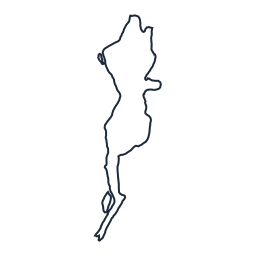 Atfeh, Bani Suwayf, Egypt
{"feature_id": "37247803B7335021436895", "entity_name": "Atfeh", "entity_type": "district", "adm_level": 2, "iso_a3": "EGY", "parent_name": "Egypt", "parent_adm1": "Bani Suwayf", "projection": "mercator", "projection_center": [31.247, 29.343], "detail": "fine", "context": "isolated", "style": "outline", "palette": "slate", "viewbox_px": 256, "rotation_deg": 0, "n_neighbors": 0, "source": "geoboundaries", "source_scale": "gbopen_adm2", "svg_char_len": 5270}
<svg xmlns="http://www.w3.org/2000/svg" viewBox="0 0 256 256"><path d="M152.3,28.0L152.0,27.9L151.5,27.8L150.9,27.7L150.5,27.6L149.8,27.4L149.5,27.3L149.1,27.1L148.4,27.2L147.0,27.3L146.7,27.7L146.4,28.0L145.7,28.8L145.4,29.3L145.2,29.9L145.0,30.2L144.7,31.3L144.3,31.6L143.2,31.9L142.6,31.5L142.4,31.3L142.2,30.8L141.3,29.6L141.2,29.2L140.8,28.5L140.8,27.9L140.7,27.5L140.4,26.1L140.3,25.6L140.3,25.1L140.4,22.9L140.1,21.2L139.9,19.8L139.7,18.8L139.1,17.7L138.4,16.8L138.2,16.5L137.8,16.3L136.5,15.9L135.3,15.5L134.9,15.4L133.9,15.6L132.7,15.8L131.9,15.9L131.6,16.0L130.8,15.7L130.4,15.6L130.3,15.8L129.8,17.5L129.6,18.9L129.1,21.5L127.7,23.2L126.2,25.0L124.1,29.1L123.5,30.9L123.1,32.1L122.1,33.7L121.2,36.1L120.4,37.2L120.1,38.9L119.3,40.3L118.1,41.3L114.5,42.9L112.3,44.2L108.8,46.1L106.2,47.7L104.6,48.7L103.6,50.1L102.7,52.1L102.8,53.3L103.1,54.0L103.6,56.1L104.2,57.3L104.6,59.1L105.2,60.4L105.2,62.7L105.5,64.1L105.6,64.7L106.4,66.9L107.5,69.3L107.6,69.7L108.2,70.7L108.8,71.8L109.4,72.7L110.6,73.7L111.3,74.4L112.1,75.8L112.3,76.8L113.1,78.0L113.9,79.4L114.4,82.4L115.0,84.5L115.8,85.8L116.5,87.6L117.1,89.6L118.2,91.3L118.8,92.0L119.6,93.1L120.3,95.2L120.4,96.2L120.3,96.6L119.9,97.8L119.7,98.4L119.3,100.0L118.6,101.4L117.9,102.8L116.3,105.2L115.0,107.2L114.2,108.7L113.3,110.3L112.4,113.1L112.0,115.2L110.6,117.4L109.1,119.4L108.0,120.7L107.0,122.0L106.2,123.4L105.1,124.8L104.7,126.7L104.7,128.2L105.5,129.6L105.7,130.3L106.1,131.3L106.1,133.1L106.1,134.1L106.1,135.7L105.7,137.2L105.9,138.5L106.3,139.7L106.6,141.8L106.9,144.2L107.1,146.7L107.8,147.9L108.1,148.9L108.1,150.6L108.2,152.5L108.2,152.8L107.3,154.9L106.6,157.1L106.5,157.9L106.5,159.4L106.5,160.8L106.6,162.6L106.6,164.0L106.3,165.0L105.2,165.8L104.8,167.5L105.7,168.4L106.3,169.3L106.8,171.0L107.1,172.8L107.5,175.3L107.6,176.4L108.2,177.8L108.3,179.2L108.3,180.9L108.4,182.5L108.8,184.3L109.7,185.8L109.9,188.7L110.5,191.3L111.6,193.1L112.4,194.5L113.3,196.9L114.1,198.3L114.4,199.9L114.5,201.3L114.3,202.7L113.5,204.4L112.4,205.7L111.9,206.9L111.0,208.5L109.8,210.0L108.3,212.3L107.9,214.0L105.6,217.8L103.9,221.0L102.7,222.6L102.5,223.0L102.4,223.2L102.3,223.4L102.3,223.6L102.2,223.8L102.1,224.0L101.9,224.5L101.3,225.8L101.1,226.2L100.7,227.2L100.7,228.0L99.8,229.3L99.0,230.6L98.0,232.0L97.3,232.8L97.1,233.0L95.7,234.6L95.2,235.5L95.3,235.5L96.9,236.4L98.6,235.8L99.0,235.6L99.1,237.5L98.7,239.4L98.6,240.0L98.7,240.3L99.6,240.6L101.2,239.1L102.6,238.0L103.9,235.2L105.1,232.7L105.5,230.6L105.7,230.0L106.1,229.2L106.9,227.5L108.7,224.3L110.4,221.1L111.8,218.2L113.0,217.1L113.5,215.8L115.1,214.2L117.3,210.8L118.7,207.8L119.6,206.8L120.1,205.7L121.1,204.4L122.1,202.5L122.7,200.7L123.4,200.1L124.3,199.0L125.1,197.6L124.7,195.7L123.7,195.3L121.9,194.8L120.2,193.8L119.2,192.5L119.0,191.4L118.8,188.0L118.8,184.0L118.1,177.4L117.7,172.1L117.5,170.2L117.5,166.6L118.5,163.0L118.8,158.2L118.4,156.9L118.5,156.2L120.0,155.3L120.7,154.9L121.0,154.9L122.7,154.8L123.1,154.7L124.1,154.3L125.5,153.8L126.8,153.0L127.8,152.2L129.1,151.4L130.4,150.6L131.4,149.8L132.4,148.6L133.0,147.9L134.3,146.7L135.6,145.9L136.0,145.8L137.4,146.1L138.5,146.3L139.1,145.9L139.8,145.5L141.2,145.0L142.1,144.2L143.1,143.5L144.8,142.3L145.8,141.8L146.1,141.1L146.7,140.7L147.0,139.9L147.6,139.2L147.9,138.1L148.5,137.0L148.7,135.6L149.0,134.5L149.2,133.4L149.5,132.3L149.4,131.3L149.7,130.2L149.6,129.1L149.8,128.1L149.8,127.4L150.0,125.9L150.3,125.2L150.2,123.8L150.4,122.7L150.7,121.6L150.9,120.5L150.8,119.1L150.7,118.4L149.9,117.1L149.1,116.1L147.7,115.2L147.3,114.9L146.2,114.3L145.8,113.6L145.4,113.3L145.3,112.6L145.3,111.9L145.5,110.8L146.1,109.3L146.3,107.2L146.2,106.5L146.1,105.4L145.7,104.8L145.7,104.4L145.3,103.7L145.1,102.3L145.4,101.6L145.4,100.9L144.9,99.9L144.5,98.5L144.0,97.8L143.6,96.5L143.5,95.8L143.4,94.7L143.7,94.0L144.3,94.0L144.6,92.5L145.2,91.4L145.6,91.2L145.9,91.0L146.5,90.2L147.6,89.8L148.6,89.7L149.6,89.6L151.0,89.5L152.4,89.7L153.9,89.9L155.3,89.8L157.3,89.3L158.7,88.8L159.7,88.0L160.3,86.9L160.5,85.8L160.8,84.7L160.7,83.7L160.2,82.3L159.5,81.7L158.0,80.7L156.2,80.9L154.5,80.7L152.7,80.5L151.6,80.2L150.1,79.3L149.4,78.7L148.0,78.4L148.0,78.8L146.0,80.0L145.2,79.0L145.1,78.0L145.7,76.9L146.3,75.8L146.6,75.0L147.6,73.9L148.2,73.1L149.1,71.6L150.1,70.5L150.7,69.0L151.6,67.9L152.8,66.0L153.4,64.2L154.0,63.1L154.6,61.6L155.1,59.8L155.3,58.0L155.6,57.3L155.5,56.2L155.5,55.9L155.0,54.5L154.3,54.6L153.9,53.6L153.1,52.6L152.6,51.5L151.9,50.5L151.4,49.2L151.6,47.4L151.5,46.0L151.7,44.6L151.6,43.5L151.5,42.4L151.4,41.7L151.4,41.4L151.3,39.6L151.2,38.9L151.1,37.9L151.4,36.8L151.6,35.4L151.8,34.3L151.7,32.5L151.6,31.5L151.9,30.4L152.0,28.6L152.3,28.0ZM104.4,211.9L104.8,212.4L106.4,212.3L106.8,211.4L107.3,210.3L108.6,205.7L109.9,202.9L110.9,198.7L110.8,196.2L109.0,194.1L108.0,192.0L107.9,192.1L106.9,193.2L106.0,194.7L104.5,197.0L103.7,199.1L102.6,201.1L102.4,202.2L102.3,203.4L102.6,204.8L103.1,206.3L103.2,207.3L103.2,208.4L103.5,210.1L103.6,210.9L104.4,211.9ZM101.8,63.6L103.0,64.1L103.6,63.8L103.3,62.8L102.9,62.5L102.4,61.6L102.3,60.0L102.0,59.3L101.9,58.4L101.4,57.6L101.3,55.9L101.0,54.8L99.8,53.8L99.3,54.0L99.0,54.6L98.5,55.2L98.7,56.3L98.2,57.5L98.9,59.3L99.6,60.5L100.0,60.9L101.2,62.3L101.8,63.2L101.8,63.6Z" fill="none" stroke="#1e293b" stroke-width="2"/></svg>